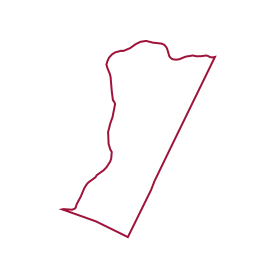 Hancock, West Virginia, United States of America (Equal Earth projection), rotated 26°
{"feature_id": "52423323B20661288428578", "entity_name": "Hancock", "entity_type": "district", "adm_level": 2, "iso_a3": "USA", "parent_name": "United States of America", "parent_adm1": "West Virginia", "projection": "equal_earth", "projection_center": [-80.596, 40.517], "detail": "fine", "context": "isolated", "style": "outline", "palette": "rose", "viewbox_px": 256, "rotation_deg": 26, "n_neighbors": 0, "source": "geoboundaries", "source_scale": "gbopen_adm2", "svg_char_len": 952}
<svg xmlns="http://www.w3.org/2000/svg" viewBox="0 0 256 256"><g transform="rotate(26 128 128)"><path d="M80.1,73.1L80.2,76.8L80.8,80.5L83.5,83.4L88.2,87.6L90.0,89.8L97.0,101.6L102.3,109.7L104.0,110.4L105.9,112.1L109.3,124.9L110.1,131.8L111.9,140.4L117.6,150.9L121.8,155.3L123.9,156.7L126.3,162.8L126.7,166.0L125.9,172.7L124.5,176.9L120.6,184.1L120.3,186.7L116.3,194.2L115.6,196.6L115.1,201.2L115.6,210.2L115.3,219.4L115.9,222.5L115.6,223.6L113.7,225.9L105.5,229.2L104.5,230.0L140.1,226.0L175.7,226.1L175.9,173.5L175.1,164.1L175.1,161.0L175.0,127.1L175.0,92.2L175.0,66.7L175.0,44.8L175.0,26.0L173.1,27.5L170.8,28.3L167.9,28.2L166.3,28.7L161.9,31.6L157.9,33.6L154.5,34.4L148.4,38.7L143.9,43.8L141.3,45.5L138.2,46.6L136.2,46.5L133.8,45.5L128.5,39.7L127.2,38.7L124.2,37.3L120.9,37.5L113.2,40.3L106.1,41.8L101.5,45.0L98.3,49.0L94.8,55.4L90.5,60.3L89.0,61.4L88.2,61.4L83.5,65.5L81.4,68.7L80.1,73.1Z" fill="none" stroke="#9f1239" stroke-width="2"/></g></svg>